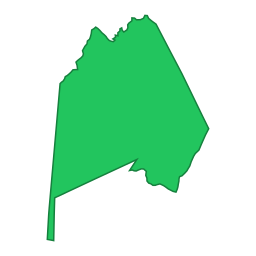 Pio XII, Maranhão, Brazil
{"feature_id": "56859067B76670913428567", "entity_name": "Pio XII", "entity_type": "district", "adm_level": 2, "iso_a3": "BRA", "parent_name": "Brazil", "parent_adm1": "Maranhão", "projection": "robinson", "projection_center": [-45.091, -3.872], "detail": "fine", "context": "isolated", "style": "filled", "palette": "green", "viewbox_px": 256, "rotation_deg": 0, "n_neighbors": 0, "source": "geoboundaries", "source_scale": "gbopen_adm2", "svg_char_len": 1455}
<svg xmlns="http://www.w3.org/2000/svg" viewBox="0 0 256 256"><path d="M156.0,24.1L154.2,22.8L151.6,20.9L148.6,18.4L147.3,15.6L144.9,15.4L143.5,18.3L140.4,19.7L136.5,19.8L134.6,18.1L131.9,17.9L131.9,20.8L128.8,23.2L127.7,24.8L127.9,27.7L126.9,29.9L123.8,32.0L122.2,30.3L121.7,27.9L120.0,28.8L119.9,31.0L117.9,32.7L117.9,35.8L115.3,35.1L115.5,37.3L112.9,38.9L115.0,40.1L113.2,41.7L110.6,41.1L109.0,40.3L107.3,38.5L106.0,36.5L104.3,34.8L101.9,32.8L99.8,30.4L97.7,28.4L95.7,27.1L93.9,28.7L91.7,30.0L91.2,33.9L90.3,37.3L89.5,39.3L87.4,41.0L87.0,43.9L84.9,46.3L82.5,50.7L83.4,53.7L82.9,55.8L81.2,57.7L79.4,59.1L77.6,60.5L76.0,62.1L77.1,65.5L77.6,69.6L75.4,69.6L73.0,69.8L71.0,72.2L68.6,74.4L67.0,75.7L65.3,76.6L64.5,79.0L63.0,81.2L61.5,82.2L60.1,83.6L49.2,208.2L48.7,214.5L47.3,239.4L51.8,240.2L53.7,240.6L54.2,214.5L54.7,197.8L94.8,179.0L136.8,159.5L129.6,170.5L132.2,170.0L134.1,170.8L136.2,171.0L138.4,170.0L141.2,168.9L143.7,169.0L146.3,171.4L146.0,173.5L145.8,175.5L146.9,178.0L147.0,181.0L148.7,183.1L150.8,183.8L152.9,185.3L155.3,185.3L156.9,184.7L160.0,183.9L163.6,185.6L165.7,187.0L168.2,188.9L173.1,191.4L176.0,192.1L177.3,189.0L177.9,186.8L178.3,184.1L178.9,181.1L179.0,178.7L179.6,176.6L182.0,175.8L184.8,173.1L186.9,170.8L188.2,168.5L189.8,165.9L191.2,161.7L193.7,156.1L195.3,153.5L196.9,152.0L198.9,150.1L201.5,143.9L205.5,134.9L208.7,128.7L202.3,115.7L181.9,73.7L169.0,49.1L156.0,24.1Z" fill="#22c55e" stroke="#15803d" stroke-width="1.5"/></svg>